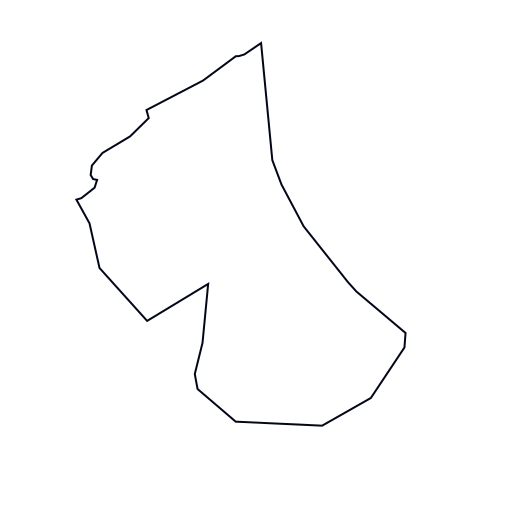 Alexandria, Virginia, United States of America (Equal Earth projection), rotated 233°
{"feature_id": "52423323B39569682722717", "entity_name": "Alexandria", "entity_type": "district", "adm_level": 2, "iso_a3": "USA", "parent_name": "United States of America", "parent_adm1": "Virginia", "projection": "equal_earth", "projection_center": [-77.073, 38.815], "detail": "fine", "context": "isolated", "style": "outline", "palette": "ink", "viewbox_px": 512, "rotation_deg": 233, "n_neighbors": 0, "source": "geoboundaries", "source_scale": "gbopen_adm2", "svg_char_len": 595}
<svg xmlns="http://www.w3.org/2000/svg" viewBox="0 0 512 512"><g transform="rotate(233 256 256)"><path d="M409.1,146.5L382.3,142.7L340.6,123.8L269.7,130.0L262.5,201.0L218.8,161.0L198.6,136.1L185.2,129.4L184.8,129.3L135.9,140.1L80.7,206.7L73.5,262.3L93.6,319.5L104.5,329.1L167.2,314.8L180.0,313.7L251.0,311.9L296.7,319.2L297.5,319.3L322.7,326.7L423.0,388.2L424.0,367.9L426.0,362.5L427.7,360.1L428.0,319.3L438.5,256.4L430.7,253.3L427.3,227.5L430.7,195.4L427.0,179.4L420.2,172.7L415.5,172.2L412.4,174.9L407.7,168.2L407.3,151.3L409.1,146.5Z" fill="none" stroke="#020617" stroke-width="2"/></g></svg>